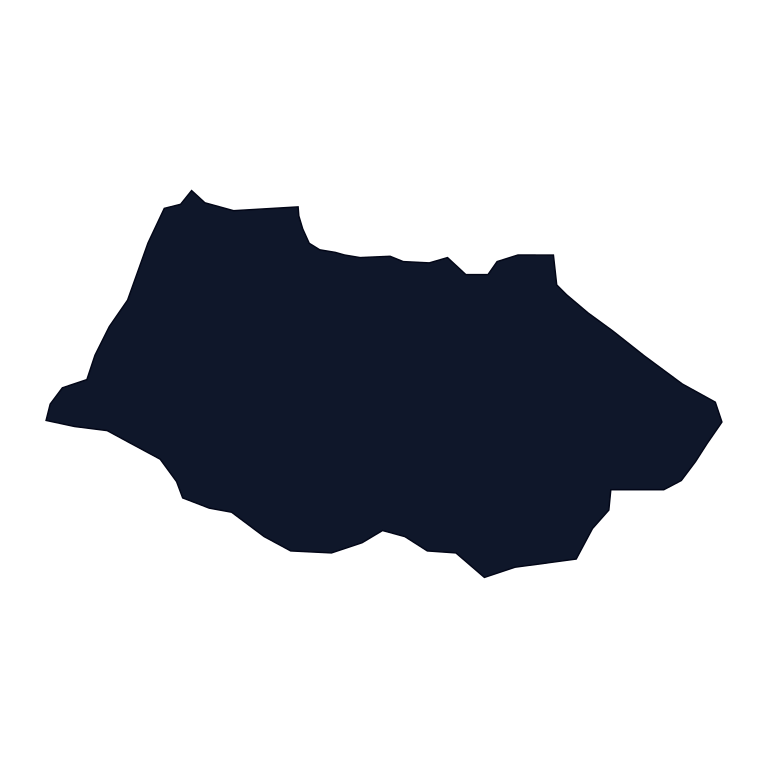 outline of Eksjö, Jönköping, Sweden
{"feature_id": "70781695B54746446562471", "entity_name": "Eksjö", "entity_type": "district", "adm_level": 2, "iso_a3": "SWE", "parent_name": "Sweden", "parent_adm1": "Jönköping", "projection": "mercator", "projection_center": [15.234, 57.651], "detail": "fine", "context": "isolated", "style": "filled", "palette": "ink", "viewbox_px": 768, "rotation_deg": 0, "n_neighbors": 0, "source": "geoboundaries", "source_scale": "gbopen_adm2", "svg_char_len": 942}
<svg xmlns="http://www.w3.org/2000/svg" viewBox="0 0 768 768"><path d="M719.9,425.0L721.9,422.0L715.3,402.2L682.3,384.0L644.3,355.9L612.9,331.1L588.1,313.0L566.6,294.8L556.7,284.9L553.4,255.1L518.0,255.0L497.1,261.6L488.0,274.6L465.8,274.6L447.5,257.6L429.3,262.9L403.2,261.6L390.1,256.3L360.1,257.6L344.5,255.0L335.3,252.4L319.7,249.8L309.2,243.3L302.7,228.9L298.8,215.9L298.1,206.9L233.6,210.7L204.9,202.8L191.6,190.6L180.6,204.3L164.3,208.4L148.0,243.0L137.8,271.6L127.6,300.1L109.3,326.6L95.0,355.2L86.9,379.6L62.4,387.8L50.2,404.1L46.1,420.4L74.6,426.5L101.7,429.9L107.2,430.6L129.7,442.8L160.2,459.2L176.6,481.6L182.7,497.9L209.2,508.1L231.6,512.2L264.2,536.6L290.7,550.9L331.5,552.9L362.1,542.7L382.5,530.5L404.9,536.6L427.3,550.9L455.9,552.9L484.4,577.4L515.0,567.2L576.2,559.0L592.5,528.5L608.8,510.1L610.8,489.7L663.8,489.7L681.3,480.5L695.5,461.6L707.1,443.5L719.9,425.0Z" fill="#0f172a" stroke="#020617" stroke-width="1.5"/></svg>